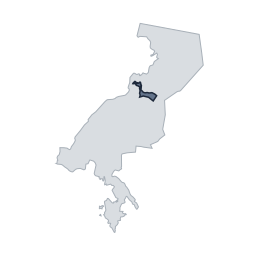 location of Ellikkala, Karakalpakstan, Uzbekistan, rotated 97°
{"feature_id": "79887680B22143596455299", "entity_name": "Ellikkala", "entity_type": "district", "adm_level": 2, "iso_a3": "UZB", "parent_name": "Uzbekistan", "parent_adm1": "Karakalpakstan", "projection": "orthographic", "projection_center": [61.178, 42.212], "detail": "fine", "context": "in_parent", "style": "filled", "palette": "slate", "viewbox_px": 256, "rotation_deg": 97, "n_neighbors": 0, "source": "geoboundaries", "source_scale": "gbopen_adm2", "svg_char_len": 5139}
<svg xmlns="http://www.w3.org/2000/svg" viewBox="0 0 256 256"><g transform="rotate(97 128 128)"><path d="M201.4,110.3L205.0,108.0L207.3,109.0L207.5,109.7L205.4,111.4L203.4,112.4L202.9,114.2L200.9,115.2L199.1,117.9L196.0,120.7L196.0,121.2L196.4,121.6L197.5,121.8L199.8,122.9L201.8,121.9L202.4,122.0L203.0,122.8L203.9,124.9L204.9,125.4L208.0,126.3L210.3,126.0L211.5,126.3L211.7,126.1L211.4,122.8L212.4,123.2L213.4,122.6L213.6,120.9L213.3,119.9L214.0,119.2L214.4,119.5L214.6,120.5L215.8,121.0L216.8,122.6L217.2,124.4L219.4,124.7L220.1,124.2L220.7,124.3L221.3,126.7L221.6,126.9L223.4,126.1L225.3,126.9L227.3,128.5L229.4,128.3L229.9,128.6L231.4,128.1L233.2,128.3L233.3,128.6L233.0,129.1L229.2,131.8L228.3,133.5L227.4,134.1L224.8,133.6L224.6,134.6L225.1,135.5L224.7,136.5L223.4,136.3L223.0,135.9L221.8,136.3L220.6,138.1L220.0,139.5L218.7,140.1L217.0,141.6L216.1,140.7L214.8,141.0L212.9,140.1L212.0,140.0L204.2,142.4L203.5,142.2L202.5,140.5L200.4,139.8L200.4,138.9L204.1,134.7L204.4,133.5L203.0,133.0L203.1,132.0L200.1,129.3L199.6,129.2L199.3,129.3L198.5,131.6L191.8,136.2L190.8,135.9L189.0,134.7L188.0,134.3L186.8,135.6L187.0,137.0L185.8,138.3L187.3,142.0L187.3,142.5L186.3,142.8L187.2,144.2L186.6,144.4L183.1,144.1L179.2,145.4L179.4,146.0L182.9,145.6L183.5,145.8L183.6,146.3L183.4,146.6L181.6,147.1L181.4,147.7L182.5,149.4L182.1,149.8L181.4,149.5L181.0,150.7L179.8,150.7L179.4,154.1L178.5,155.4L177.2,156.0L168.6,155.2L166.5,156.4L165.1,158.0L164.4,161.7L164.5,162.1L168.3,163.3L169.0,165.4L173.4,165.3L174.2,165.6L174.6,166.1L174.9,166.7L173.9,170.4L174.6,173.5L175.4,174.9L178.3,177.5L178.3,179.0L177.8,180.5L177.1,181.7L176.4,182.3L175.4,183.9L174.5,185.8L172.8,188.4L172.3,189.8L172.4,193.8L171.9,195.0L171.8,194.5L171.1,194.2L169.1,194.2L168.7,193.7L166.2,194.8L164.6,194.5L162.8,193.0L159.7,192.6L155.8,193.2L155.4,189.2L155.4,186.1L156.6,183.7L156.5,183.2L155.8,182.4L153.4,181.9L150.5,180.2L147.9,179.1L146.4,178.8L144.8,179.6L143.3,179.4L136.2,174.9L130.3,171.6L126.2,168.1L124.4,168.6L119.2,165.4L115.9,162.0L104.9,154.3L102.8,152.5L102.3,151.5L101.4,146.7L100.4,144.5L99.0,143.3L97.8,141.0L96.0,135.3L95.4,134.3L92.2,131.9L90.4,131.3L89.0,131.7L88.3,132.7L87.3,132.8L82.6,131.8L77.6,132.2L73.1,129.3L72.9,128.8L72.9,128.0L73.8,126.1L73.6,125.2L73.0,124.3L73.0,123.4L73.4,122.8L74.3,123.0L74.6,122.7L74.5,122.2L73.4,121.0L71.4,119.8L71.8,119.1L72.0,117.3L72.3,116.3L72.0,116.0L70.5,114.6L65.6,114.4L64.4,114.0L63.5,113.5L62.6,111.4L62.2,110.9L58.8,110.0L55.4,106.3L54.7,107.9L54.0,108.2L51.4,107.7L50.1,108.6L53.2,112.3L53.9,113.5L53.8,114.1L52.9,114.2L52.1,112.4L51.6,111.9L48.5,110.9L47.5,111.9L47.2,113.3L45.8,115.6L44.2,116.0L40.5,115.9L39.4,116.4L38.6,117.0L37.1,119.0L35.2,120.6L35.6,127.3L36.7,129.0L35.4,130.3L22.7,128.7L26.4,68.8L44.0,64.1L56.5,61.0L84.5,80.4L85.1,81.2L85.5,82.8L86.3,84.1L96.1,95.1L110.4,92.6L125.1,93.4L130.4,90.6L135.0,95.2L137.7,96.8L141.8,103.7L145.2,101.6L145.1,110.1L144.8,112.7L145.0,117.8L151.0,117.6L152.7,125.7L154.4,130.7L155.7,131.2L166.9,129.7L167.8,130.0L169.3,129.4L170.5,130.9L171.7,131.9L171.2,135.6L172.7,136.9L176.0,138.3L177.9,138.1L178.2,137.4L178.0,136.6L177.5,135.8L177.5,134.7L177.7,133.9L179.3,131.1L182.1,128.1L182.7,127.1L182.9,125.4L183.8,124.4L186.3,123.0L186.7,122.2L189.6,119.7L193.1,118.0L194.6,116.8L195.9,114.6L198.0,112.2L198.9,112.1L199.5,112.7L200.1,112.7L201.4,110.3ZM202.9,130.4L202.3,129.4L201.7,129.1L201.5,129.3L202.5,130.5L202.9,130.4ZM211.5,146.6L209.1,146.8L209.3,145.2L208.4,144.5L208.1,143.8L208.2,143.0L208.8,142.7L209.6,143.7L211.5,144.0L211.0,145.2L211.6,146.3L211.5,146.6ZM218.5,144.0L218.2,145.5L217.1,145.0L217.2,144.6L218.5,144.0Z" fill="#d9dde1" stroke="#a8b0b8" stroke-width="1"/><path d="M90.6,112.1L90.5,112.4L90.5,112.7L90.5,113.6L90.7,114.0L90.7,114.3L91.0,115.2L90.9,115.9L90.9,116.4L90.8,116.9L90.4,117.4L90.1,118.0L89.8,118.2L89.0,119.1L88.7,119.6L88.3,120.0L87.4,119.8L84.2,119.9L84.0,120.4L83.6,120.8L83.0,120.4L82.7,120.6L81.9,121.3L81.8,121.0L81.6,121.0L81.3,121.2L81.1,121.3L81.0,121.6L81.1,121.9L81.2,122.2L81.5,122.4L81.8,122.5L82.1,122.7L82.2,122.8L82.3,122.9L82.4,123.5L82.2,123.5L81.9,123.9L81.9,124.4L82.0,125.0L81.8,125.3L81.7,125.7L81.4,125.9L81.1,126.2L80.9,126.8L81.1,127.0L81.4,127.1L81.7,127.2L81.9,127.8L82.1,127.9L82.6,128.0L82.7,128.3L83.0,128.5L83.4,128.6L83.4,128.1L83.3,127.6L83.2,127.4L83.2,126.9L83.0,126.3L83.0,126.0L82.7,125.7L82.6,125.4L82.3,125.2L82.4,124.9L82.8,125.0L83.0,125.5L83.3,125.9L83.8,125.6L84.0,125.4L84.1,125.2L84.5,125.1L84.7,124.8L84.5,124.5L84.8,124.0L84.9,123.8L84.9,123.3L85.2,122.8L85.4,122.2L85.5,121.5L85.5,120.8L86.0,120.8L86.2,121.1L86.5,121.1L86.7,121.4L87.0,121.4L87.4,121.3L87.5,121.0L87.4,120.7L87.2,120.5L87.2,120.4L87.4,120.4L87.7,120.7L88.2,120.9L88.3,120.6L88.5,120.7L89.0,120.7L89.4,120.6L90.0,120.7L90.6,120.4L91.3,120.7L92.3,120.7L92.9,120.4L93.4,120.1L93.9,119.9L95.0,120.1L95.9,120.2L94.4,116.8L95.0,111.3L98.1,106.3L92.5,103.5L92.2,104.0L91.8,104.4L91.5,104.7L91.3,105.5L91.0,105.7L90.9,106.1L90.7,106.6L90.6,107.2L90.2,107.7L90.1,108.2L90.2,109.2L90.1,109.4L90.4,109.8L90.5,110.5L90.6,111.1L90.7,111.7L90.6,112.1Z" fill="#64748b" stroke="#1e293b" stroke-width="1.5"/></g></svg>